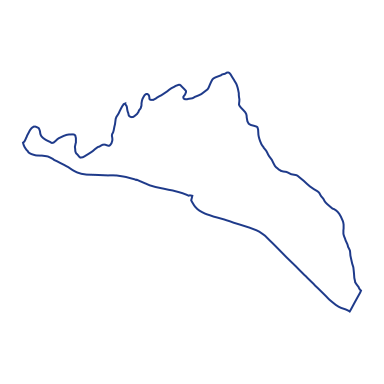 La Caye, Dennery, Saint Lucia (Albers equal-area conic projection)
{"feature_id": "8701671B23998662762063", "entity_name": "La Caye", "entity_type": "district", "adm_level": 2, "iso_a3": "LCA", "parent_name": "Saint Lucia", "parent_adm1": "Dennery", "projection": "albers", "projection_center": [-60.906, 13.932], "detail": "fine", "context": "isolated", "style": "outline", "palette": "blue", "viewbox_px": 384, "rotation_deg": 0, "n_neighbors": 0, "source": "geoboundaries", "source_scale": "gbopen_adm2", "svg_char_len": 5349}
<svg xmlns="http://www.w3.org/2000/svg" viewBox="0 0 384 384"><path d="M125.3,103.5L125.1,103.6L124.4,103.8L123.6,104.2L123.4,104.6L122.2,106.3L121.0,108.5L119.6,111.3L118.7,113.3L117.4,115.4L116.4,116.9L115.7,118.8L115.3,121.8L115.0,124.2L114.4,126.6L113.7,130.3L113.1,132.4L112.1,134.2L111.9,135.8L112.3,138.0L112.4,139.9L112.1,141.3L111.7,142.5L111.4,143.4L110.3,144.9L109.5,145.6L108.9,145.8L107.5,145.5L105.2,144.7L104.4,144.6L103.9,144.6L102.5,144.8L100.8,145.7L99.4,146.6L98.2,146.9L97.6,147.2L94.9,149.2L93.0,150.9L91.6,151.9L88.5,153.9L85.7,155.6L84.6,156.3L82.9,157.2L81.9,157.4L80.3,157.6L79.1,156.6L78.0,155.2L77.0,154.1L76.3,153.5L75.8,152.7L75.3,151.1L75.2,149.2L74.9,146.9L75.6,143.5L75.9,142.6L75.9,138.1L75.5,136.5L75.3,135.6L74.9,135.1L73.9,134.5L72.7,134.4L68.8,134.5L66.5,134.9L63.7,135.9L59.7,137.8L58.8,138.2L58.4,138.5L57.5,139.1L55.3,141.2L54.4,141.9L53.9,142.4L52.7,142.9L51.5,142.9L50.2,142.0L48.9,141.4L47.4,140.7L45.7,139.8L44.5,139.0L43.0,137.9L41.8,136.7L41.2,135.9L40.5,134.4L40.2,133.1L40.0,131.5L39.7,130.4L38.9,128.4L38.5,128.0L36.9,127.2L35.4,126.6L33.8,126.6L32.2,127.6L31.3,128.4L29.9,130.3L28.5,133.0L27.2,135.4L26.5,137.2L26.0,138.1L25.9,138.5L25.3,139.8L24.4,141.5L23.0,142.7L23.6,144.8L24.4,146.7L25.6,148.6L26.5,149.9L27.6,151.0L27.9,151.3L28.4,152.3L29.2,152.9L30.2,153.5L31.5,154.1L33.7,154.8L35.9,155.4L37.5,155.5L40.2,155.6L41.9,155.6L46.3,156.2L47.9,156.5L50.3,157.6L52.8,158.9L54.2,160.0L56.9,161.2L60.3,163.0L64.3,165.0L66.4,166.2L68.2,167.1L71.7,169.5L73.5,170.6L75.6,171.7L77.3,172.5L81.4,173.8L86.5,174.6L93.1,174.8L96.1,174.9L103.1,175.2L107.7,175.4L112.3,175.3L116.8,175.5L123.2,176.5L126.0,177.0L130.8,178.3L134.6,179.3L136.2,180.0L136.7,179.7L140.5,181.4L141.1,181.6L142.2,182.1L142.9,182.4L145.0,183.3L145.5,183.5L146.3,183.8L147.1,184.2L149.9,185.4L150.7,185.6L154.8,186.8L156.0,187.1L162.2,188.4L163.3,188.6L168.7,189.8L171.1,190.2L172.8,190.5L174.2,190.9L179.1,192.2L182.5,193.2L184.6,194.0L186.2,194.6L188.7,195.7L189.4,195.4L190.4,195.4L192.3,195.8L192.0,197.2L191.2,200.3L191.9,201.7L194.0,205.2L195.1,206.7L197.3,209.0L199.4,210.6L202.0,212.1L205.0,213.6L207.1,214.4L209.7,215.2L213.6,216.6L217.5,217.6L224.3,219.5L226.3,220.2L229.9,221.3L233.6,222.7L235.6,223.3L239.6,224.5L245.6,226.4L247.8,227.1L249.4,227.6L251.5,228.4L256.5,230.3L259.3,231.7L262.8,234.1L265.0,235.7L269.9,240.6L272.4,243.0L272.9,243.5L275.7,246.3L281.1,251.8L286.3,257.1L290.2,260.9L296.2,266.7L299.6,270.2L304.4,275.0L305.8,276.2L307.6,278.1L310.9,281.3L313.5,283.8L315.1,285.6L317.8,288.1L323.7,293.9L326.3,296.5L328.1,298.4L329.3,299.6L332.3,302.1L335.8,304.9L338.6,306.7L341.1,307.9L345.6,309.4L347.6,310.3L349.3,311.2L349.7,311.5L349.9,311.2L351.5,308.4L351.8,307.8L354.6,302.6L357.7,297.0L360.1,292.7L361.0,290.6L359.7,289.3L358.8,287.7L358.7,287.2L356.5,284.3L355.4,282.6L355.1,282.1L355.1,281.5L354.3,277.9L354.0,273.6L353.7,270.5L353.4,267.8L353.2,266.8L352.2,263.7L351.0,258.4L350.4,255.6L350.1,251.9L349.9,250.5L348.8,248.2L348.0,246.7L347.9,246.0L347.4,244.3L345.6,240.4L345.0,238.5L344.2,236.6L343.6,234.7L343.4,233.7L343.4,230.3L343.6,228.5L343.6,224.7L343.3,222.7L342.9,221.2L340.9,216.7L339.3,213.9L337.6,211.8L335.9,210.3L334.0,209.1L332.5,208.6L330.1,206.6L327.2,204.1L325.6,202.5L324.5,201.0L323.6,199.2L322.7,198.0L321.2,196.3L320.4,195.0L319.4,193.1L318.4,192.0L317.2,191.1L313.8,189.1L309.9,186.4L306.9,183.8L303.7,180.8L300.5,178.2L297.6,175.8L297.1,175.5L296.1,175.1L291.1,174.2L287.8,172.5L286.3,171.9L283.3,171.5L280.7,170.8L280.6,170.5L279.0,169.7L277.3,168.2L276.1,167.3L274.9,165.9L273.5,163.3L271.8,159.8L269.1,156.2L268.1,154.5L267.3,152.8L266.4,151.1L265.6,150.0L263.6,147.6L263.4,147.0L262.5,145.9L261.5,144.4L260.1,141.1L259.3,138.7L258.7,136.4L258.4,134.6L258.3,132.9L258.1,129.6L257.7,128.1L257.3,127.1L256.5,126.6L254.0,125.8L250.9,125.0L249.6,124.3L248.7,123.7L248.1,122.6L247.4,121.3L246.7,117.4L246.6,115.7L246.2,114.0L245.2,112.2L243.4,110.2L240.8,107.5L239.6,105.9L239.0,104.7L239.1,103.1L239.3,101.5L239.4,99.3L239.1,97.7L238.9,96.0L238.8,94.8L238.8,94.5L238.8,93.2L238.0,89.2L237.6,87.6L237.0,85.7L236.5,84.3L235.7,82.8L234.5,80.9L234.1,80.1L232.0,76.8L230.6,74.4L229.4,73.0L228.4,72.5L227.1,72.5L224.7,73.9L223.3,74.1L222.8,74.3L222.0,74.5L220.8,75.4L220.2,75.6L219.1,76.0L215.4,77.4L213.4,78.5L212.4,79.5L211.2,81.7L209.9,84.6L208.6,87.7L207.6,89.3L203.7,92.3L201.3,94.1L199.0,95.2L198.1,95.6L194.8,96.9L193.4,97.8L192.2,98.3L188.2,98.9L187.4,99.2L185.9,99.3L185.7,99.2L184.5,99.1L183.7,98.5L183.4,97.8L183.3,97.0L184.0,95.8L184.8,94.9L185.5,93.5L185.7,92.8L186.0,92.1L186.0,91.1L185.7,90.7L185.4,90.3L184.2,89.0L183.1,87.9L181.4,86.2L180.8,85.5L179.8,84.8L178.7,84.8L175.4,86.0L174.6,86.6L171.4,88.2L169.1,89.8L167.3,91.3L165.5,92.5L163.1,94.1L162.8,94.3L161.1,95.4L159.4,96.2L157.0,97.6L155.7,98.6L153.9,99.5L153.3,99.9L151.3,99.9L150.2,99.7L149.6,99.1L149.4,98.8L149.4,97.5L149.0,95.7L148.4,94.7L147.3,94.0L146.2,94.0L145.4,94.5L144.5,95.3L143.6,96.8L142.5,98.9L142.3,99.6L142.0,100.4L141.8,101.6L141.5,103.3L141.5,105.0L141.3,106.3L141.1,106.5L141.0,107.2L140.8,107.9L140.3,108.8L138.9,110.5L138.6,111.7L138.0,112.5L137.2,113.8L136.4,114.5L135.2,115.5L134.2,116.3L133.0,117.0L131.2,117.1L130.0,116.6L129.0,115.8L128.7,115.2L128.3,113.3L127.6,111.3L127.2,109.4L126.9,107.2L126.6,106.1L125.3,104.2L125.3,103.5Z" fill="none" stroke="#1e3a8a" stroke-width="2"/></svg>